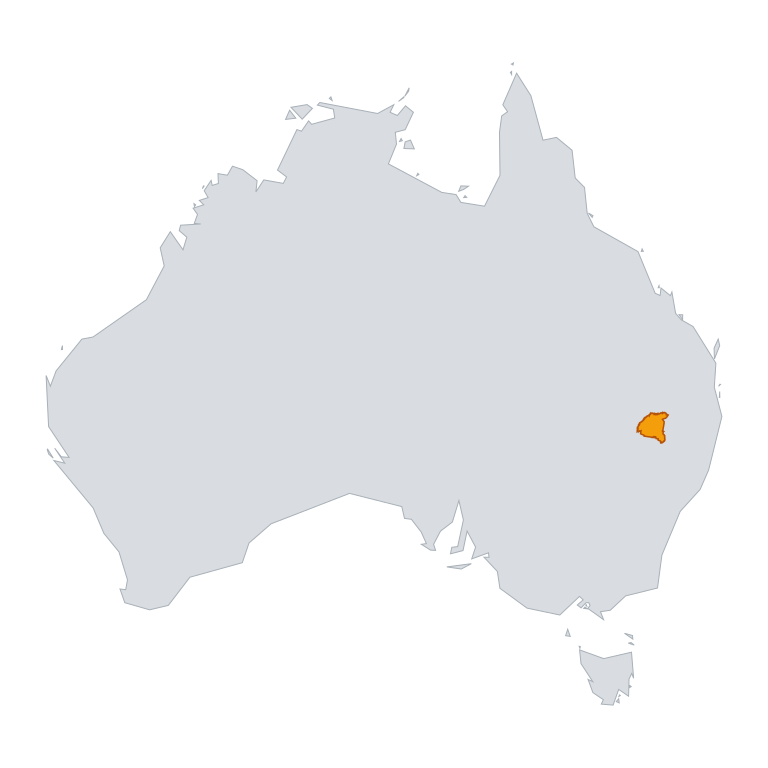 Moree Plains, New South Wales, Australia shown in context
{"feature_id": "25037944B16767086981220", "entity_name": "Moree Plains", "entity_type": "district", "adm_level": 2, "iso_a3": "AUS", "parent_name": "Australia", "parent_adm1": "New South Wales", "projection": "orthographic", "projection_center": [149.192, -29.321], "detail": "fine", "context": "in_parent", "style": "filled", "palette": "amber", "viewbox_px": 768, "rotation_deg": 0, "n_neighbors": 0, "source": "geoboundaries", "source_scale": "gbopen_adm2", "svg_char_len": 8287}
<svg xmlns="http://www.w3.org/2000/svg" viewBox="0 0 768 768"><path d="M530.9,95.7L543.0,140.2L556.5,137.4L572.1,150.3L575.2,178.0L584.5,187.4L587.2,213.4L593.9,226.8L638.0,251.6L655.2,293.3L660.1,295.5L661.0,288.0L670.4,295.7L671.9,292.0L675.6,313.3L681.1,319.7L693.1,326.6L715.9,363.2L714.3,387.2L721.9,416.5L708.6,470.1L700.1,489.5L680.2,511.4L661.9,555.1L657.5,588.0L625.6,595.9L610.2,610.3L600.5,611.7L603.6,619.7L587.8,608.4L590.0,605.6L588.8,602.7L586.0,602.7L581.1,607.9L577.3,605.0L583.2,599.9L579.5,596.4L559.8,615.0L527.0,608.1L499.9,588.3L497.4,571.5L484.0,557.2L489.0,557.3L488.5,552.8L471.7,558.9L475.6,547.1L467.1,531.1L463.0,550.6L450.5,553.8L451.8,547.3L457.7,546.6L463.4,519.9L458.9,500.6L452.4,522.0L440.5,531.1L433.6,544.3L435.6,550.4L430.5,550.1L421.3,544.3L426.4,543.6L421.2,532.0L411.4,519.3L404.5,518.4L401.8,506.6L349.5,493.4L271.1,523.8L249.0,543.0L242.3,562.7L189.9,577.2L168.3,605.4L149.6,609.8L124.8,602.7L120.0,589.0L125.7,589.7L127.5,579.9L119.0,551.9L103.9,533.4L93.1,507.9L53.9,460.5L64.8,463.2L54.7,448.2L61.3,456.8L69.1,457.4L48.6,426.6L46.1,375.5L50.4,386.2L56.1,370.9L81.9,339.1L93.0,337.0L146.4,299.7L164.2,265.9L160.2,247.8L170.3,231.7L183.0,249.8L186.8,237.2L179.2,230.6L180.6,225.2L200.8,224.0L194.3,223.4L197.5,214.4L193.1,208.2L203.7,204.8L199.3,200.4L208.1,197.6L204.2,190.7L211.1,180.4L212.2,185.4L218.4,183.5L218.0,173.6L227.4,175.2L232.5,166.2L242.8,169.7L257.1,180.7L255.9,192.0L263.8,179.9L283.3,183.4L286.6,176.9L277.5,170.1L296.9,129.6L301.5,131.2L308.6,120.9L311.6,124.3L334.7,118.0L333.4,109.2L317.4,105.1L319.8,102.5L377.6,113.5L393.8,104.7L390.1,112.3L397.3,115.5L405.5,105.8L413.4,112.3L405.2,129.7L395.3,132.3L396.5,144.1L388.4,163.9L441.8,192.4L456.1,194.6L460.9,202.4L484.5,206.2L500.0,175.3L499.5,132.2L501.7,115.9L507.6,111.7L502.8,104.8L516.6,73.2L530.9,95.7ZM579.6,649.9L603.6,658.6L631.5,652.2L633.6,678.2L631.7,673.5L629.0,679.1L628.6,696.2L618.7,689.4L613.1,705.1L601.3,704.1L603.4,699.7L592.9,692.6L588.1,679.5L592.8,681.7L581.0,663.6L579.6,649.9ZM291.0,107.3L307.1,104.6L312.4,108.4L302.2,119.2L291.0,107.3ZM446.8,566.9L471.3,563.7L461.3,569.0L446.8,566.9ZM410.5,140.1L414.3,148.9L403.9,148.5L405.2,141.8L410.5,140.1ZM714.4,359.0L714.1,348.1L718.2,339.1L719.7,345.7L714.4,359.0ZM624.5,633.3L632.5,635.5L632.8,639.1L624.5,633.3ZM289.6,110.2L295.8,118.2L285.6,119.4L289.6,110.2ZM570.2,636.4L565.6,635.7L567.7,629.3L570.2,636.4ZM468.5,186.2L463.7,189.4L458.7,191.3L460.9,185.9L468.5,186.2ZM53.2,458.1L48.7,454.1L47.2,449.5L47.6,449.1L53.2,458.1ZM631.1,642.6L634.2,645.1L628.3,643.1L631.1,642.6ZM679.0,314.7L682.7,314.8L682.6,319.6L679.0,314.7ZM588.4,213.0L593.0,215.7L592.2,217.4L588.4,213.0ZM618.7,698.7L619.2,702.9L616.3,701.6L618.7,698.7ZM719.7,391.5L719.8,397.5L719.3,397.4L719.7,391.5ZM332.1,100.5L329.3,98.4L330.9,96.9L332.1,100.5ZM408.6,91.2L404.8,96.2L409.2,87.8L408.6,91.2ZM720.5,384.4L718.6,386.3L719.9,384.2L720.5,384.4ZM418.9,174.5L416.7,175.7L417.8,173.3L418.9,174.5ZM402.3,140.7L399.5,141.5L401.1,138.5L402.3,140.7ZM62.4,345.6L62.5,349.5L61.4,349.6L62.4,345.6ZM511.6,71.4L511.6,74.5L510.4,72.4L511.6,71.4ZM586.1,604.2L586.8,606.2L585.9,605.6L586.1,604.2ZM403.8,97.6L398.5,101.4L403.9,96.8L403.8,97.6ZM204.1,186.1L202.4,188.7L203.4,185.9L204.1,186.1ZM620.3,695.6L618.9,696.4L619.6,694.9L620.3,695.6ZM466.7,197.4L463.7,197.6L465.1,195.6L466.7,197.4ZM195.7,204.9L194.4,206.5L194.0,203.6L195.7,204.9ZM631.2,686.6L629.2,687.8L629.8,685.5L631.2,686.6ZM513.4,62.9L513.0,65.0L511.4,64.1L513.4,62.9ZM585.0,607.0L587.2,608.8L583.7,608.4L585.0,607.0ZM643.3,251.3L641.3,251.4L642.1,248.9L643.3,251.3ZM659.3,287.7L658.2,287.7L659.0,285.7L659.3,287.7ZM580.4,646.7L579.9,648.3L579.2,646.3L580.4,646.7Z" fill="#d9dde1" stroke="#a8b0b8" stroke-width="1"/><path d="M667.1,416.7L668.2,415.0L668.0,414.9L667.7,415.1L667.4,415.0L667.2,414.7L666.9,414.7L667.0,414.4L666.7,414.2L666.5,414.4L666.5,414.2L666.4,414.2L666.2,414.1L666.2,413.9L666.2,413.7L665.9,413.4L665.9,413.2L665.5,413.1L665.4,412.9L665.0,412.7L664.8,412.5L664.7,412.6L664.0,412.8L663.9,412.8L664.0,412.9L663.8,412.8L663.8,413.0L663.5,413.0L663.1,413.0L662.9,413.0L663.0,412.8L662.8,413.0L662.8,412.7L662.5,412.8L662.5,412.7L662.4,412.7L662.4,412.9L662.2,412.9L662.2,413.0L662.2,412.9L662.1,413.0L661.9,412.9L661.8,413.0L661.4,413.0L661.2,413.2L661.2,413.4L661.1,413.2L661.0,413.3L660.8,413.2L660.8,413.4L660.7,413.4L660.3,413.2L660.1,413.3L659.8,413.5L659.7,413.7L659.5,413.9L659.4,413.8L659.2,413.9L658.8,414.0L658.7,413.8L658.4,413.8L658.1,414.1L658.0,413.9L657.9,414.0L657.9,413.9L658.0,413.9L657.7,413.9L657.7,413.7L657.6,413.8L657.5,413.7L657.4,413.8L657.3,413.7L657.2,413.8L657.1,413.7L656.9,413.7L656.8,413.8L656.7,414.0L656.6,413.7L656.1,413.9L655.9,413.8L655.7,413.9L655.5,414.0L655.4,413.9L655.4,414.0L655.1,413.9L654.8,413.9L654.8,414.0L654.7,414.1L654.8,414.2L654.8,414.3L654.7,414.2L654.5,414.3L654.5,414.2L654.3,414.3L654.3,414.2L654.1,414.2L654.0,413.8L653.9,413.9L653.7,413.6L653.4,413.5L653.2,413.6L653.1,413.4L652.9,413.4L652.9,413.2L652.4,413.1L652.2,413.2L651.8,413.1L651.5,413.3L651.5,413.1L651.3,413.1L651.2,413.2L651.1,413.3L650.9,413.3L650.8,413.5L650.7,413.4L650.7,413.5L650.4,413.7L650.2,413.8L650.3,414.0L650.0,414.2L650.1,414.3L650.0,414.6L649.8,414.6L649.8,414.8L649.7,414.9L649.8,414.9L649.6,415.1L649.4,415.1L649.3,415.5L649.2,415.3L648.8,415.2L648.7,415.4L648.6,415.5L648.3,415.5L648.1,415.7L648.1,415.8L647.7,415.8L647.5,416.1L647.3,416.2L647.3,416.4L647.2,416.2L647.0,416.4L646.9,416.3L646.8,416.5L646.6,416.6L646.5,416.8L646.3,416.8L645.9,417.0L646.0,417.1L645.8,417.2L645.9,417.4L645.7,417.6L645.4,417.6L645.0,417.6L645.1,418.0L644.8,418.2L644.6,418.1L644.4,418.3L644.4,418.2L644.0,418.3L644.0,418.7L643.6,419.2L643.8,419.3L643.6,419.4L643.7,419.7L643.4,419.9L643.5,420.0L643.4,420.1L643.2,420.6L642.9,420.6L642.6,420.9L642.2,421.0L642.1,421.3L641.9,421.5L641.7,421.9L641.3,421.9L641.2,421.8L641.0,422.0L640.9,421.8L640.9,422.0L640.7,422.2L640.5,422.3L640.4,422.3L640.2,422.4L640.1,422.5L640.0,422.8L639.7,422.8L639.5,423.1L639.5,423.3L639.4,423.2L639.3,423.4L639.4,423.8L639.2,424.0L639.3,424.0L639.2,424.2L639.2,424.5L639.3,424.5L639.2,424.7L639.4,424.8L639.3,425.0L639.2,425.2L638.9,425.1L638.7,425.2L638.6,425.3L638.7,425.5L638.5,425.8L638.4,425.9L638.4,426.1L638.3,426.3L638.1,426.4L638.2,426.6L638.1,426.8L637.9,427.0L638.0,427.3L637.9,427.2L637.8,427.3L637.9,427.6L637.7,427.8L637.5,428.2L637.5,428.3L637.4,428.2L637.4,428.4L637.6,428.5L637.4,428.6L637.5,428.8L637.3,428.9L637.3,429.1L637.5,429.2L637.8,429.5L637.7,429.6L637.8,429.7L637.7,429.8L637.5,430.1L637.4,430.2L637.5,430.3L637.4,430.3L637.2,430.8L637.3,431.0L637.2,431.4L637.2,431.5L637.4,431.3L637.4,431.5L637.6,431.6L637.9,431.4L638.0,431.5L638.0,431.4L638.4,431.4L638.6,431.2L638.8,431.3L639.0,431.3L639.3,431.4L639.4,431.2L639.5,431.0L639.8,431.1L640.1,431.1L640.3,431.0L640.5,431.1L640.4,431.0L640.5,431.0L640.5,430.9L640.8,430.9L641.0,430.8L640.6,433.6L640.6,433.8L644.2,435.4L644.1,436.1L649.3,436.9L649.7,436.8L649.8,436.9L650.8,437.1L651.2,437.1L651.5,437.4L652.1,437.5L652.3,437.5L652.3,437.3L652.6,437.3L652.6,437.2L652.9,437.1L653.1,436.9L653.3,436.9L653.7,436.6L654.0,436.8L653.9,437.2L654.4,437.3L654.4,437.6L654.6,437.5L654.8,437.5L655.0,436.7L655.6,436.8L655.5,437.6L655.7,437.8L656.1,437.9L656.1,438.6L658.2,438.8L658.1,439.3L658.0,439.5L658.3,439.8L658.2,440.0L658.4,440.1L658.4,440.3L659.4,440.7L660.2,440.8L660.3,441.0L660.1,441.1L660.3,441.1L660.6,441.5L660.5,442.2L660.8,442.6L660.7,442.8L660.9,443.1L661.2,443.0L661.4,442.7L661.6,442.6L661.7,442.4L662.0,442.8L662.4,442.7L662.6,442.3L663.0,442.3L663.4,441.6L663.6,441.6L663.7,441.3L663.9,441.3L663.9,441.0L664.3,440.9L664.5,441.0L664.6,440.9L664.6,440.5L664.8,440.2L664.7,440.1L664.8,439.9L664.8,439.6L665.0,439.3L665.0,439.1L664.9,438.9L664.8,438.6L664.7,438.6L664.6,438.4L664.7,438.2L664.8,438.0L664.8,437.7L664.8,437.4L664.6,437.2L664.6,436.9L664.7,436.3L664.6,436.2L664.8,436.1L664.8,435.9L664.6,435.7L664.5,435.4L664.4,435.4L664.3,435.1L664.2,435.0L664.2,434.8L663.8,434.6L663.4,434.4L663.4,434.2L663.0,433.7L663.3,431.9L663.0,431.7L663.3,431.4L663.2,431.3L663.5,431.3L663.2,431.0L662.6,431.2L662.7,430.6L662.8,430.6L664.0,423.8L663.9,423.8L664.0,423.1L664.1,422.5L664.2,421.8L662.4,419.3L662.7,419.1L665.7,418.2L667.1,416.7Z" fill="#f59e0b" stroke="#b45309" stroke-width="1.5"/></svg>